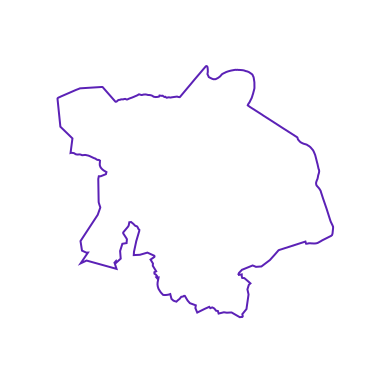 the district of Kota Jambi, Jambi, Indonesia, rotated 71°
{"feature_id": "22746128B99667418524197", "entity_name": "Kota Jambi", "entity_type": "district", "adm_level": 2, "iso_a3": "IDN", "parent_name": "Indonesia", "parent_adm1": "Jambi", "projection": "mercator", "projection_center": [103.597, -1.621], "detail": "fine", "context": "isolated", "style": "outline", "palette": "violet", "viewbox_px": 384, "rotation_deg": 71, "n_neighbors": 0, "source": "geoboundaries", "source_scale": "gbopen_adm2", "svg_char_len": 5785}
<svg xmlns="http://www.w3.org/2000/svg" viewBox="0 0 384 384"><g transform="rotate(71 192 192)"><path d="M211.3,64.8L206.1,64.2L205.6,64.2L201.0,63.8L198.5,63.6L197.1,63.5L195.5,63.6L193.9,63.7L193.0,63.8L191.8,64.0L190.3,64.6L189.0,65.1L187.9,65.6L186.7,66.4L185.9,67.1L185.2,67.6L184.5,68.2L183.7,69.3L182.8,70.6L182.2,71.3L181.0,72.5L180.3,73.1L179.5,73.6L178.5,74.0L177.6,74.4L176.6,74.7L174.9,74.6L174.5,74.7L174.3,74.9L160.8,85.6L147.7,95.9L142.8,99.8L141.8,100.5L130.5,109.5L129.6,110.1L128.4,111.0L128.2,111.1L127.7,110.7L127.4,110.4L127.2,110.1L126.7,109.6L126.3,108.9L125.8,108.3L125.0,107.5L123.7,106.2L122.7,105.1L122.4,104.9L121.3,104.0L120.0,103.1L119.0,102.3L117.6,101.4L116.6,100.7L115.8,100.2L114.6,99.4L113.7,99.0L112.8,98.7L108.6,97.3L104.3,96.5L103.3,96.4L102.5,96.5L101.7,96.6L101.0,96.6L100.4,96.8L99.8,97.2L98.7,98.0L97.1,99.2L96.5,99.9L96.0,100.5L95.6,101.1L95.2,101.8L94.6,102.5L93.9,103.4L93.3,104.5L92.7,105.8L92.2,107.0L91.7,108.4L91.2,109.3L91.0,110.3L90.6,111.1L90.4,112.2L89.9,115.6L89.8,116.8L89.7,118.6L89.7,119.7L89.7,120.6L89.9,122.0L90.1,123.8L90.4,125.3L91.9,127.9L92.6,130.2L93.0,132.9L92.4,134.9L91.6,136.0L90.2,137.4L88.8,138.7L87.4,138.8L85.5,139.0L83.7,138.0L81.3,137.2L79.6,136.8L78.8,136.7L78.2,136.8L77.7,137.2L77.6,137.6L77.7,138.1L86.8,153.5L89.8,158.4L91.4,161.1L98.2,172.4L98.3,172.7L98.1,173.2L97.7,174.0L96.9,175.1L96.4,177.6L95.8,180.7L95.8,181.3L95.5,182.0L95.2,182.5L94.9,183.1L94.8,183.8L94.7,184.2L94.7,184.5L94.7,185.1L94.1,185.7L93.3,186.2L93.3,186.9L92.4,187.8L91.4,188.4L91.2,189.4L90.2,191.3L91.0,192.0L91.0,192.8L90.9,193.4L90.7,194.4L90.4,195.4L89.9,196.4L89.3,197.4L88.3,198.0L87.5,198.9L86.9,199.8L86.3,201.0L85.9,202.1L85.2,203.1L84.5,204.5L84.4,204.9L84.3,205.4L84.1,206.0L84.1,206.5L84.0,207.2L84.0,207.6L84.0,207.8L83.9,208.1L83.3,209.0L82.6,210.0L82.4,210.3L82.4,210.7L82.5,211.0L82.6,211.4L82.7,211.8L82.9,213.4L82.9,214.0L83.1,216.3L83.2,218.3L83.2,220.7L83.3,221.6L83.4,222.6L83.4,223.0L83.4,223.3L83.2,223.7L82.9,224.1L82.4,224.6L82.2,224.9L82.1,225.4L82.0,225.9L82.0,227.1L81.7,227.7L81.5,228.2L81.4,228.8L81.3,229.4L81.4,229.9L81.3,230.3L81.2,230.9L81.1,231.3L81.1,231.7L81.2,232.1L81.5,232.7L81.7,233.2L81.9,233.8L81.9,234.2L81.9,234.6L81.8,234.8L81.6,235.0L81.2,235.2L64.8,241.9L64.0,242.2L63.6,242.5L63.3,243.2L60.1,254.8L57.7,263.5L57.5,264.5L57.6,265.1L57.7,268.3L59.0,284.8L59.2,286.4L59.2,287.1L59.3,287.6L59.4,288.0L59.5,288.3L59.7,288.6L60.0,288.8L87.4,295.2L102.4,287.6L115.5,294.1L115.5,293.8L115.7,293.3L116.0,292.6L116.3,291.9L116.6,291.4L116.9,290.9L117.1,290.7L117.5,290.4L118.0,290.0L118.3,289.8L118.6,289.4L118.8,289.1L118.9,288.8L119.1,288.5L119.3,288.1L119.5,287.5L119.6,286.9L119.8,286.2L120.1,285.6L120.4,285.1L120.8,284.6L121.1,284.3L121.3,284.1L121.5,283.8L121.5,283.5L121.7,282.9L122.1,281.2L122.3,280.7L122.5,280.3L123.2,279.2L123.5,278.7L123.8,278.2L124.8,277.0L125.3,276.5L125.8,276.0L126.2,275.5L126.9,274.9L127.5,274.2L128.1,273.6L128.5,273.1L129.0,272.4L129.4,272.2L130.1,271.7L130.6,271.2L130.8,270.9L131.0,270.6L131.1,270.2L131.4,269.6L131.7,269.3L131.9,269.2L132.1,269.1L132.4,268.8L132.8,269.0L133.6,269.3L134.6,269.7L135.4,270.1L136.9,270.5L139.1,270.4L141.5,269.4L142.0,269.0L142.6,268.7L143.8,267.7L145.3,266.4L147.1,267.6L147.4,273.3L146.8,275.0L149.2,276.4L170.4,283.3L171.5,283.6L173.7,283.7L175.5,283.7L176.4,283.7L176.9,283.8L182.9,288.6L202.1,313.4L211.6,315.1L214.9,311.7L215.4,310.1L223.2,320.5L222.5,314.0L240.1,288.4L234.8,288.3L233.6,288.3L232.5,286.3L234.0,286.3L231.8,281.1L224.4,279.2L218.3,274.7L219.0,270.5L215.9,269.1L215.4,268.9L215.0,269.0L214.3,269.1L208.8,270.5L208.4,270.4L208.0,270.3L207.8,270.1L207.5,269.7L203.9,263.7L203.1,262.8L200.2,261.1L200.4,260.4L200.5,259.4L202.9,257.9L205.4,256.7L205.9,256.2L206.2,255.6L206.8,255.1L207.6,254.9L208.2,254.8L209.5,254.7L210.6,254.1L211.6,254.5L219.9,260.4L220.4,260.8L220.5,260.8L229.6,266.3L232.7,267.6L234.4,261.7L234.8,253.9L240.0,248.4L240.4,248.4L240.9,248.5L241.2,248.8L242.4,253.2L246.9,252.2L248.0,252.7L249.0,253.1L255.3,251.7L255.6,253.7L257.0,254.1L258.5,253.0L260.5,252.3L260.8,253.6L262.6,252.9L262.4,251.7L266.2,253.9L268.1,254.7L270.1,255.1L272.5,255.2L274.8,254.7L276.8,254.2L279.9,252.8L280.6,251.2L281.1,249.3L281.4,247.6L281.4,245.8L286.4,246.2L288.7,244.9L289.7,243.7L290.6,242.4L289.9,241.0L289.0,238.5L287.6,236.3L287.9,234.6L287.6,233.4L287.9,232.6L293.2,231.5L296.4,230.2L300.4,225.3L302.9,226.6L307.7,226.3L306.6,217.8L306.2,213.1L307.8,212.5L307.7,210.5L308.8,209.3L309.8,208.7L312.1,207.9L312.9,206.3L315.6,206.4L316.1,201.0L317.5,198.3L318.7,194.0L318.9,193.7L325.9,187.6L326.5,185.1L326.2,184.6L325.6,184.4L323.9,184.2L320.4,178.6L318.8,177.8L307.3,171.9L302.1,171.3L298.3,168.5L297.4,166.5L290.5,170.5L289.6,172.5L287.8,172.4L286.1,171.8L285.5,175.5L285.5,175.4L283.8,173.9L283.5,173.3L282.2,170.8L281.8,170.1L281.8,169.5L281.8,169.4L281.2,158.6L282.2,157.4L283.6,155.9L285.0,150.6L281.7,140.5L278.2,134.2L275.3,129.2L275.3,128.9L275.2,128.7L275.8,100.9L278.0,101.0L278.1,100.8L278.2,100.5L278.4,99.5L278.5,98.9L278.5,98.3L278.8,97.4L279.0,96.8L279.5,95.7L280.4,93.4L280.9,91.7L281.0,90.9L281.1,89.7L280.9,89.0L280.8,88.1L280.7,87.6L280.6,87.1L280.5,86.4L280.3,85.6L280.2,85.0L280.1,84.7L278.8,75.0L278.7,74.5L278.5,74.1L278.3,73.6L277.5,73.0L276.9,72.6L272.6,70.6L271.4,70.1L270.9,70.0L270.6,69.9L269.8,70.0L269.1,70.0L268.0,70.2L267.2,70.2L266.3,70.4L264.2,70.5L259.9,70.4L251.4,70.2L243.6,70.2L240.8,70.2L236.0,70.1L234.7,70.1L232.9,70.0L232.3,70.1L231.3,70.3L230.5,70.5L229.8,70.7L228.6,71.2L226.4,72.1L225.5,72.1L224.8,72.0L224.0,71.8L223.2,71.4L222.3,70.7L221.4,70.0L221.2,69.8L221.1,69.7L220.6,69.2L219.2,68.3L218.3,67.8L217.4,67.3L216.4,66.6L215.5,65.9L214.4,65.3L213.8,65.0L212.9,64.8L212.2,64.7L211.3,64.8Z" fill="none" stroke="#5b21b6" stroke-width="2"/></g></svg>